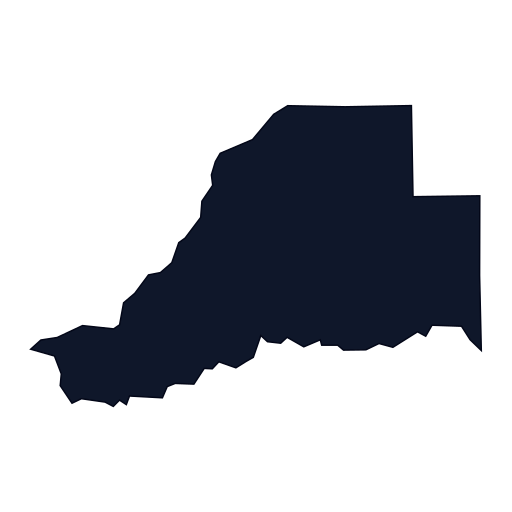 outline of Mason, Illinois, United States of America
{"feature_id": "52423323B7274127443145", "entity_name": "Mason", "entity_type": "district", "adm_level": 2, "iso_a3": "USA", "parent_name": "United States of America", "parent_adm1": "Illinois", "projection": "albers", "projection_center": [-90.006, 40.244], "detail": "fine", "context": "isolated", "style": "filled", "palette": "ink", "viewbox_px": 512, "rotation_deg": 0, "n_neighbors": 0, "source": "geoboundaries", "source_scale": "gbopen_adm2", "svg_char_len": 915}
<svg xmlns="http://www.w3.org/2000/svg" viewBox="0 0 512 512"><path d="M479.8,195.8L413.0,196.7L411.4,105.6L345.2,106.8L287.7,105.7L273.7,114.3L252.5,139.6L220.2,153.3L215.4,161.6L211.4,174.9L212.7,185.3L201.9,201.2L200.7,217.4L185.1,238.1L178.8,242.6L171.8,262.7L160.4,272.6L148.5,274.9L134.8,293.3L123.6,302.8L119.6,324.8L113.6,328.9L82.5,325.6L57.2,337.5L40.9,340.0L30.7,349.2L54.5,356.0L61.3,373.9L60.2,385.6L72.0,403.2L81.4,398.7L105.1,402.1L113.3,406.4L119.5,400.1L126.3,404.6L129.5,396.0L162.4,397.8L167.2,386.6L175.2,383.4L193.9,384.1L204.2,368.4L212.3,368.8L218.8,361.8L235.9,367.8L245.8,361.6L253.3,357.3L260.8,335.5L267.5,341.7L280.7,343.2L287.1,337.3L303.8,346.8L320.3,339.8L321.7,345.2L337.7,345.2L343.5,350.1L365.9,349.8L379.0,343.5L392.9,347.3L417.5,331.8L425.7,336.2L432.0,325.2L461.5,326.2L470.1,339.7L481.3,350.5L479.6,275.4L479.8,195.8Z" fill="#0f172a" stroke="#020617" stroke-width="1.5"/></svg>